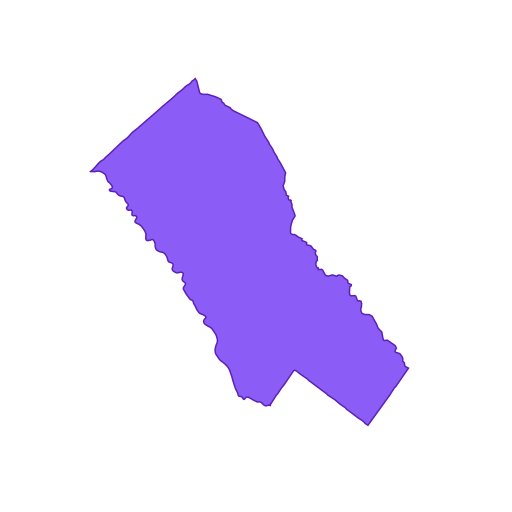 outline of Nueva Concepción, Escuintla, Guatemala, rotated 115°
{"feature_id": "79465075B35747325654374", "entity_name": "Nueva Concepción", "entity_type": "district", "adm_level": 2, "iso_a3": "GTM", "parent_name": "Guatemala", "parent_adm1": "Escuintla", "projection": "albers", "projection_center": [-91.282, 14.129], "detail": "fine", "context": "isolated", "style": "filled", "palette": "violet", "viewbox_px": 512, "rotation_deg": 115, "n_neighbors": 0, "source": "geoboundaries", "source_scale": "gbopen_adm2", "svg_char_len": 6150}
<svg xmlns="http://www.w3.org/2000/svg" viewBox="0 0 512 512"><g transform="rotate(115 256 256)"><path d="M388.3,214.3L388.8,213.9L389.5,213.5L389.9,213.1L390.2,212.4L390.1,211.6L389.8,210.6L389.8,210.0L389.8,209.0L390.1,208.4L390.5,207.8L390.8,207.4L391.1,206.8L391.0,206.2L390.5,205.9L389.8,205.8L388.7,205.4L387.9,204.8L387.6,204.4L387.3,203.6L387.3,201.0L387.7,197.6L387.7,195.6L387.7,194.8L387.7,194.1L387.8,193.3L387.4,192.4L387.0,191.8L386.6,191.1L386.5,189.8L386.6,189.2L386.7,188.6L387.1,187.9L387.4,186.9L387.7,185.9L387.8,185.0L387.8,184.3L387.5,183.4L386.9,182.8L386.3,182.1L385.9,181.4L385.4,179.8L384.7,179.9L384.1,180.5L383.5,180.4L383.2,180.0L373.1,178.7L372.1,178.2L364.6,177.1L360.8,176.1L344.4,173.5L343.2,172.8L343.1,170.6L344.2,166.5L345.7,157.6L346.5,155.5L351.1,133.5L351.7,132.3L352.9,123.9L354.8,117.0L355.7,111.1L356.5,109.4L359.6,94.9L360.2,90.4L361.1,87.1L361.6,86.5L362.1,83.0L326.1,76.1L316.6,74.8L315.9,74.3L293.2,70.4L293.0,74.4L290.1,76.5L289.3,78.5L286.8,79.7L285.5,81.0L283.7,84.4L283.9,86.4L284.3,88.7L283.9,89.4L283.0,90.0L280.2,89.8L278.4,92.0L276.8,101.5L278.2,103.6L278.4,104.7L277.2,106.0L271.8,109.8L269.8,114.8L266.8,118.0L262.9,123.4L261.6,125.1L261.2,128.5L263.0,132.6L263.3,135.6L261.7,137.5L259.5,138.8L258.1,138.8L254.4,140.2L252.7,141.6L252.8,143.3L253.5,144.1L253.6,145.2L250.2,148.6L250.2,150.0L251.8,152.6L251.8,154.2L250.6,155.4L245.2,157.7L244.1,157.9L242.7,157.1L241.7,157.5L241.7,161.2L239.3,162.7L238.7,166.4L237.5,169.2L238.1,172.8L239.3,173.9L240.3,174.2L240.6,177.2L240.9,178.9L242.1,180.2L243.7,182.1L244.2,184.0L243.6,185.7L240.6,189.6L240.5,190.3L240.4,191.0L241.8,193.4L241.8,194.0L241.2,194.0L240.5,194.6L240.7,195.9L238.6,198.2L235.4,199.1L234.0,198.5L233.1,199.1L230.8,200.1L229.4,202.8L228.0,203.6L226.1,203.8L225.6,204.5L225.6,206.8L224.9,208.2L223.8,210.1L223.8,212.1L224.6,214.8L222.3,215.9L222.4,219.4L222.7,220.7L221.6,221.7L220.9,221.5L220.9,226.9L220.4,227.5L220.3,230.3L220.9,231.2L221.2,233.5L220.4,234.5L215.2,236.8L212.7,237.4L208.0,238.1L203.5,237.5L202.7,237.8L199.1,241.4L196.6,244.0L194.2,245.1L192.0,247.3L190.9,247.5L190.7,248.4L191.3,250.0L191.0,250.4L189.1,251.7L188.1,251.7L188.0,254.2L185.2,256.2L183.7,258.8L182.4,259.8L180.9,261.1L176.2,261.5L171.5,263.6L168.1,264.3L161.6,272.9L158.5,277.8L157.6,278.5L154.5,283.2L151.6,286.7L149.2,290.9L147.6,292.5L143.8,298.6L138.1,305.7L135.4,309.7L134.5,311.1L133.9,338.2L133.5,340.4L132.5,342.0L132.5,347.7L131.1,350.0L131.0,351.5L130.3,352.5L129.3,353.1L128.8,354.0L128.8,360.0L129.9,368.2L131.8,372.1L132.3,375.2L131.3,376.5L128.3,378.9L122.5,383.6L120.9,386.1L122.2,386.5L124.2,387.7L124.7,387.9L125.4,388.1L125.9,388.2L126.7,388.3L127.7,388.7L128.4,389.1L129.1,389.6L129.8,390.1L131.0,390.9L132.4,391.6L136.6,393.2L139.0,394.5L141.2,395.7L142.5,396.3L143.7,396.8L144.9,397.1L146.7,397.9L148.6,398.7L149.8,399.2L160.1,404.0L168.5,407.6L177.4,411.6L187.5,416.1L190.1,417.2L193.6,419.0L196.0,420.2L198.5,421.0L200.8,421.7L203.1,422.5L205.1,423.5L207.9,425.1L212.9,427.1L225.6,432.0L230.1,434.0L232.5,434.8L233.3,435.1L234.1,435.7L235.1,436.4L236.1,437.0L238.4,437.9L242.7,439.1L246.4,440.3L249.4,441.6L249.3,441.1L248.7,440.3L247.9,438.0L246.6,436.5L245.5,434.1L245.1,431.9L245.3,429.4L245.9,426.9L247.7,425.0L248.7,424.3L251.1,421.6L251.7,419.3L252.9,416.9L254.0,415.4L255.3,415.1L256.4,415.7L257.4,416.8L258.1,416.8L258.7,416.0L258.7,415.0L257.9,412.7L257.2,410.1L258.0,408.5L258.8,406.8L258.9,405.1L258.9,404.2L258.5,402.4L258.3,400.9L259.2,399.6L261.0,398.0L262.2,396.1L263.1,393.9L264.1,393.1L265.8,393.5L267.2,393.7L268.0,393.0L268.5,391.7L268.4,390.7L267.4,389.2L267.0,388.4L267.6,387.3L268.8,386.7L270.6,386.1L271.4,385.4L271.4,384.2L270.5,382.8L270.5,381.4L271.0,380.5L272.0,380.2L273.5,380.4L274.6,380.5L275.4,380.3L276.1,380.2L276.5,379.7L276.7,378.6L276.8,377.6L276.7,375.6L276.8,374.8L277.0,374.1L277.2,373.1L277.5,372.4L277.9,371.6L279.3,369.0L280.4,367.3L281.3,366.3L282.3,365.3L283.0,364.8L284.8,364.1L285.7,363.7L286.4,363.4L286.9,363.2L287.5,362.6L288.0,361.9L288.0,361.3L287.7,360.6L287.4,360.0L287.0,359.4L286.6,358.8L285.9,358.1L285.4,357.7L285.0,357.1L284.8,356.5L284.9,355.6L285.6,354.5L286.8,353.3L287.5,352.6L288.6,352.0L289.3,351.8L289.9,351.4L290.8,350.8L291.5,350.1L291.9,349.7L292.2,349.3L292.5,348.7L292.7,347.5L292.8,346.9L292.8,345.9L292.8,345.0L292.7,344.3L292.5,343.6L292.3,343.0L292.2,342.2L292.2,341.6L292.2,341.0L292.3,340.5L292.5,339.9L292.8,338.9L293.2,338.2L293.7,337.5L294.1,336.8L295.8,335.2L296.5,334.6L297.1,334.1L297.6,333.6L298.1,332.7L298.2,332.2L298.2,331.7L298.0,330.1L297.9,329.0L298.2,328.0L298.6,327.6L299.2,327.3L300.0,327.1L300.9,326.9L302.0,326.8L303.1,326.6L303.6,326.2L304.0,325.7L304.5,325.0L304.7,323.8L304.9,322.8L304.9,322.1L304.8,320.7L304.5,320.1L304.1,319.5L303.5,318.8L303.0,318.1L302.3,317.2L302.2,316.6L302.2,315.8L302.4,314.8L303.0,314.2L304.1,314.0L304.8,313.9L305.7,313.8L306.6,313.6L307.2,313.5L307.8,313.3L308.4,313.1L308.9,312.6L309.4,312.1L309.8,311.1L310.0,310.0L310.2,309.2L310.4,308.7L311.0,308.1L311.7,308.0L312.7,308.1L313.6,308.2L314.3,308.3L315.0,308.4L315.7,308.3L316.4,308.0L316.9,307.6L317.4,306.8L318.1,305.8L319.1,304.5L319.7,303.6L320.3,302.7L321.6,300.2L322.6,298.5L323.2,297.1L323.3,296.6L323.1,295.9L323.1,295.3L323.2,294.7L323.4,294.2L323.8,293.7L324.8,293.0L325.7,292.0L326.9,290.1L328.1,288.8L329.2,287.5L330.1,286.1L331.2,284.2L331.6,283.2L331.7,282.3L331.7,281.1L331.6,279.8L331.6,278.6L331.7,277.4L331.8,276.9L332.3,275.8L332.9,275.4L333.4,275.4L334.3,275.6L335.2,276.0L335.7,276.1L336.3,276.1L337.4,275.8L338.0,275.4L338.5,275.0L339.0,274.3L339.3,273.6L339.5,272.6L339.8,270.9L339.9,269.3L339.9,268.1L340.1,266.6L340.4,265.5L341.1,264.2L341.8,263.0L342.6,261.6L343.7,259.8L344.6,258.7L346.3,257.1L347.6,256.0L348.5,255.5L349.3,255.1L350.4,254.7L352.1,254.5L353.2,254.5L354.9,254.3L356.4,254.0L358.2,253.5L359.6,252.8L360.5,252.2L361.5,251.4L362.2,250.4L365.1,245.6L365.5,244.7L366.0,242.9L366.4,240.7L367.0,238.5L367.8,236.3L368.6,234.6L369.5,233.1L371.0,231.3L372.5,229.9L375.4,227.0L378.1,224.8L381.2,222.0L385.1,218.3L386.5,216.4L387.6,215.2L388.3,214.3Z" fill="#8b5cf6" stroke="#5b21b6" stroke-width="1.5"/></g></svg>